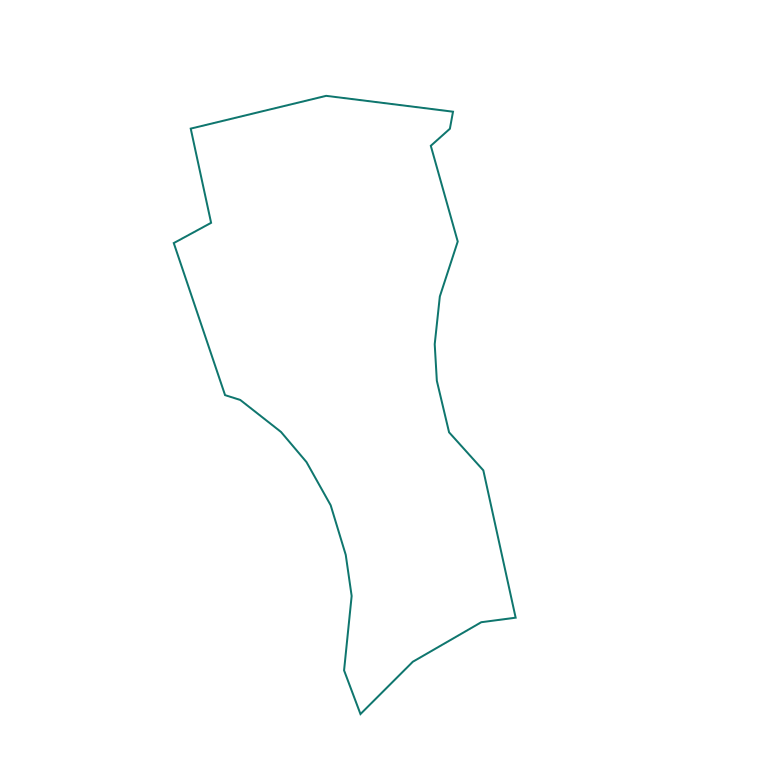 Houston, Tennessee, United States of America, rotated 251°
{"feature_id": "52423323B25005829455001", "entity_name": "Houston", "entity_type": "district", "adm_level": 2, "iso_a3": "USA", "parent_name": "United States of America", "parent_adm1": "Tennessee", "projection": "mercator", "projection_center": [-87.736, 36.273], "detail": "fine", "context": "isolated", "style": "outline", "palette": "teal", "viewbox_px": 768, "rotation_deg": 251, "n_neighbors": 0, "source": "geoboundaries", "source_scale": "gbopen_adm2", "svg_char_len": 489}
<svg xmlns="http://www.w3.org/2000/svg" viewBox="0 0 768 768"><g transform="rotate(251 384 384)"><path d="M585.7,231.1L425.2,230.1L415.7,242.9L372.2,271.0L335.4,285.3L286.7,294.1L234.9,292.2L194.1,284.4L126.2,253.0L79.6,254.3L112.0,320.8L127.1,398.4L120.2,432.4L270.0,449.8L317.1,429.8L369.8,435.0L405.1,444.9L448.6,465.3L494.7,500.1L594.0,505.8L603.9,529.4L619.0,537.9L675.3,423.1L688.4,284.4L665.9,281.7L592.7,273.0L585.7,231.1Z" fill="none" stroke="#0f766e" stroke-width="2"/></g></svg>